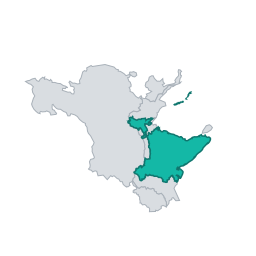 India highlighted among its neighbors, rotated 243°
{"feature_id": "IND", "entity_name": "India", "entity_type": "country or territory", "adm_level": 0, "iso_a3": "IND", "parent_name": "Asia", "parent_adm1": "", "projection": "albers", "projection_center": [83.514, 21.122], "detail": "fine", "context": "with_neighbors", "style": "filled", "palette": "teal", "viewbox_px": 256, "rotation_deg": 243, "n_neighbors": 9, "source": "natural_earth", "source_scale": "50m", "svg_char_len": 12324}
<svg xmlns="http://www.w3.org/2000/svg" viewBox="0 0 256 256"><g transform="rotate(243 128 128)"><path d="M163.1,174.1L160.3,174.0L156.6,175.1L155.1,177.8L156.2,181.4L153.4,180.3L150.9,180.7L151.0,178.2L148.5,178.5L148.6,181.9L146.7,189.2L147.1,191.4L149.1,191.3L150.6,193.9L151.4,196.4L153.3,197.9L155.2,198.1L157.0,199.4L156.1,200.8L154.1,201.4L153.7,199.9L151.1,198.8L150.6,199.4L149.3,198.4L148.6,197.0L145.2,194.2L144.9,196.0L144.2,194.4L144.9,189.5L147.4,183.3L146.0,180.6L145.4,177.5L142.4,173.8L143.4,173.2L144.2,170.4L139.2,163.9L140.3,163.2L141.3,159.8L143.3,159.4L146.3,157.1L147.6,157.9L148.0,159.7L149.9,159.7L149.5,163.0L149.9,165.7L152.7,163.5L153.6,164.0L155.3,163.7L155.7,162.6L157.9,162.5L160.4,164.7L160.9,167.7L163.6,170.0L163.8,172.6L163.1,174.1Z" fill="#d9dde1" stroke="#a8b0b8" stroke-width="1"/><path d="M146.3,157.1L143.3,159.4L141.3,159.8L140.3,163.2L139.2,163.9L144.2,170.4L143.4,173.2L142.4,173.8L145.4,177.5L146.0,180.6L147.4,183.3L144.9,189.5L144.4,187.3L145.1,184.9L144.0,183.2L143.9,179.8L142.6,178.4L140.4,171.0L139.0,168.6L134.1,172.7L130.6,171.9L131.3,168.1L130.5,165.2L128.1,161.8L128.4,160.7L126.7,160.4L124.6,158.0L124.2,155.6L125.2,156.0L125.2,153.8L126.5,152.9L126.1,151.7L126.7,150.6L126.6,147.4L128.8,147.9L129.8,145.3L129.9,143.8L131.2,141.1L131.0,139.4L134.3,137.0L136.2,137.4L135.9,135.6L136.7,134.9L136.4,133.8L138.0,133.4L139.0,135.1L140.2,135.7L140.7,140.6L138.4,143.4L138.3,147.1L141.2,146.3L142.1,149.1L143.9,149.5L143.4,152.1L146.8,153.5L148.7,152.4L148.9,153.6L146.8,155.9L146.3,157.1Z" fill="#d9dde1" stroke="#a8b0b8" stroke-width="1"/><path d="M125.2,153.8L125.2,156.0L124.2,155.6L124.6,158.0L122.8,153.4L121.6,151.7L119.0,151.7L119.3,153.0L118.5,154.7L117.3,154.1L116.9,154.7L115.1,154.2L114.5,151.7L113.5,149.4L113.9,147.5L112.2,146.7L112.8,145.6L114.5,144.4L112.4,142.8L113.3,140.7L115.5,142.0L116.8,142.1L117.1,144.2L122.3,144.3L123.9,144.8L122.7,147.4L121.5,147.7L120.8,149.5L122.3,151.0L122.7,149.0L123.5,149.0L125.2,153.8Z" fill="#d9dde1" stroke="#a8b0b8" stroke-width="1"/><path d="M120.4,135.5L122.7,137.2L122.6,139.1L118.2,139.2L116.5,139.8L114.0,138.7L113.9,138.1L115.6,135.7L117.0,134.9L120.4,135.5Z" fill="#d9dde1" stroke="#a8b0b8" stroke-width="1"/><path d="M112.0,136.4L112.0,140.8L109.7,140.9L104.4,140.0L102.8,138.5L99.2,138.1L90.7,133.6L91.7,130.8L94.5,128.7L96.6,129.7L99.3,131.7L100.7,132.1L101.6,133.6L103.7,134.2L105.9,135.5L112.0,136.4Z" fill="#d9dde1" stroke="#a8b0b8" stroke-width="1"/><path d="M85.4,113.2L82.9,115.6L80.0,115.9L76.2,115.0L74.9,116.2L76.4,121.0L78.4,122.6L76.1,124.2L76.0,126.4L73.3,129.3L71.5,132.3L68.5,135.3L65.4,134.8L62.2,137.8L63.8,139.3L63.9,141.7L65.3,143.3L65.7,146.0L59.7,145.5L57.7,147.4L55.7,146.4L55.1,144.1L53.3,141.6L40.0,141.0L41.5,137.6L45.6,136.6L45.5,135.1L44.3,134.5L44.6,131.8L42.2,130.1L40.4,126.4L44.5,128.5L47.2,128.4L48.7,129.0L49.3,128.4L51.1,128.9L54.7,128.0L55.0,125.4L56.7,123.9L58.6,124.1L59.0,123.2L61.0,123.0L61.9,123.4L63.0,122.6L63.0,120.8L64.3,119.1L65.9,118.5L65.1,116.4L67.5,116.7L68.3,115.7L68.3,114.5L69.6,113.4L69.0,110.6L70.5,109.4L78.9,108.1L80.7,109.5L81.3,111.8L85.4,113.2Z" fill="#d9dde1" stroke="#a8b0b8" stroke-width="1"/><path d="M57.5,105.7L58.9,105.9L61.4,107.1L63.3,106.3L64.1,107.0L65.0,105.7L66.5,105.9L67.2,104.3L68.4,103.4L69.7,104.1L69.3,105.0L70.1,105.2L69.6,107.7L70.6,108.7L72.6,107.9L74.2,106.7L78.5,107.2L78.9,108.1L70.5,109.4L69.0,110.6L69.6,113.4L68.3,114.5L68.3,115.7L67.5,116.7L65.1,116.4L65.9,118.5L64.3,119.1L63.0,120.8L63.0,122.6L61.9,123.4L61.0,123.0L59.0,123.2L58.6,124.1L56.7,123.9L55.0,125.4L54.7,128.0L51.1,128.9L49.3,128.4L48.7,129.0L47.2,128.4L44.5,128.5L40.4,126.4L43.1,124.0L43.2,122.0L41.3,121.2L40.8,116.8L42.2,115.3L41.1,114.7L43.7,109.1L46.1,110.6L48.0,110.4L48.7,109.2L50.7,109.0L52.2,108.2L53.0,105.9L55.2,105.6L55.7,104.6L57.5,105.7Z" fill="#d9dde1" stroke="#a8b0b8" stroke-width="1"/><path d="M94.5,198.8L94.0,201.9L92.7,202.8L90.0,203.4L88.6,201.0L88.1,196.7L89.6,191.8L91.6,193.5L94.5,198.8Z" fill="#d9dde1" stroke="#a8b0b8" stroke-width="1"/><path d="M173.5,160.4L171.0,159.8L170.5,157.2L171.7,155.6L174.6,154.3L176.2,154.1L177.0,155.1L176.0,156.7L175.7,158.5L173.5,160.4ZM91.9,93.4L91.8,91.8L93.4,91.0L91.4,86.1L97.3,84.5L99.0,79.6L103.6,80.5L104.8,79.2L104.9,76.5L106.8,76.3L108.5,74.5L109.4,74.2L110.1,76.1L112.0,77.4L115.4,78.3L117.0,80.4L116.3,83.6L117.2,84.8L123.2,85.3L126.1,86.9L127.6,87.1L128.9,89.6L130.4,91.2L138.0,91.1L141.2,90.3L143.6,90.5L147.3,91.8L150.2,91.4L151.4,92.2L153.9,90.3L157.6,88.7L161.2,88.1L163.8,86.6L166.7,83.6L165.2,81.8L166.1,79.9L169.9,80.0L172.0,78.1L175.3,76.4L176.6,74.2L178.0,73.1L181.2,72.1L183.1,72.0L183.1,71.0L180.7,69.6L178.7,69.1L177.2,70.5L174.8,70.5L173.6,71.1L172.8,70.2L174.6,65.1L177.5,65.5L180.2,63.2L180.0,62.0L181.3,58.9L182.4,57.8L182.0,56.5L180.7,56.2L182.2,54.6L184.8,53.5L187.6,52.7L191.0,52.6L193.1,53.0L197.4,57.2L198.9,59.5L202.9,59.2L206.1,60.2L207.7,62.4L211.0,61.3L212.6,59.7L216.0,57.8L215.6,60.5L215.1,61.7L215.2,64.8L214.5,67.8L211.7,68.2L210.0,69.7L211.3,71.8L211.9,75.1L210.8,75.5L211.2,76.9L209.3,75.7L208.8,77.5L205.6,79.8L206.4,81.1L204.3,81.6L203.0,81.0L201.9,83.4L199.7,85.6L198.3,87.9L195.2,89.6L193.7,91.3L191.3,92.7L192.3,91.1L191.5,90.1L193.0,87.8L191.4,86.6L187.3,90.6L186.2,92.8L183.9,93.5L183.0,95.1L184.7,96.7L186.8,96.8L187.1,98.0L189.2,98.4L191.5,95.8L193.9,96.4L195.5,96.1L196.2,97.5L193.0,99.1L192.2,100.9L190.2,102.9L189.4,105.3L192.4,106.3L194.0,108.9L198.5,113.1L198.9,115.3L197.5,116.5L198.5,117.9L200.3,118.5L200.4,123.5L199.0,124.1L195.0,136.3L188.7,143.2L185.7,144.2L184.3,145.9L183.1,145.1L181.9,146.9L178.3,149.1L175.5,150.0L175.1,153.4L173.6,153.8L172.5,151.8L173.0,150.5L169.1,150.1L167.9,150.8L165.0,150.4L163.5,149.4L163.7,147.5L161.1,147.3L159.6,146.4L157.5,148.3L152.7,149.3L149.9,150.8L150.8,154.3L149.3,154.3L148.7,152.4L146.8,153.5L143.4,152.1L143.9,149.5L142.1,149.1L141.2,146.3L138.3,147.1L138.4,143.4L140.7,140.6L140.2,135.7L139.0,135.1L138.0,133.4L136.4,133.8L133.5,133.6L134.3,132.2L132.9,130.4L131.2,131.8L128.9,131.2L126.0,133.4L123.7,135.8L121.6,136.3L120.4,135.5L117.0,134.9L115.6,135.7L113.9,138.1L113.6,135.7L112.0,136.4L105.9,135.5L103.7,134.2L101.6,133.6L100.7,132.1L99.3,131.7L96.6,129.7L94.5,128.7L93.4,129.4L87.3,125.2L86.7,121.9L88.5,122.4L88.7,120.8L87.7,119.2L88.0,116.8L85.4,113.2L81.3,111.8L80.7,109.5L78.9,108.1L78.5,107.2L78.4,104.4L76.9,103.6L76.1,103.9L75.6,101.1L76.4,100.5L76.1,99.8L78.5,98.6L80.2,98.1L82.7,98.6L83.7,96.8L86.8,96.6L87.7,95.5L91.6,94.0L91.9,93.4Z" fill="#d9dde1" stroke="#a8b0b8" stroke-width="1"/><path d="M57.7,146.9L58.3,146.6L59.2,146.7L59.3,145.8L59.5,145.6L59.6,145.8L61.6,145.9L62.2,146.3L62.8,146.3L63.1,146.0L64.2,145.7L64.3,145.7L64.4,146.2L64.7,146.3L65.7,145.9L65.5,145.3L65.8,145.0L64.9,142.7L64.9,141.9L63.9,141.7L63.5,141.1L63.8,139.2L62.1,138.4L62.3,137.2L63.3,136.2L64.1,135.1L64.8,134.7L65.4,135.0L65.5,135.5L65.8,135.7L68.7,135.1L69.0,134.5L69.5,134.0L70.1,132.8L71.7,132.1L72.6,130.5L73.1,129.4L74.3,129.0L74.6,128.6L74.6,128.0L75.8,126.6L76.6,126.3L76.3,125.8L76.6,124.9L76.4,124.2L76.5,123.9L78.6,122.8L78.4,122.3L77.0,121.8L76.9,121.0L76.2,121.0L76.1,120.3L75.3,119.7L75.8,118.7L75.4,118.1L76.1,117.4L75.2,117.0L75.4,116.5L75.0,116.1L75.5,115.3L76.4,115.0L79.9,115.9L80.8,115.5L82.2,115.4L83.2,114.6L83.4,114.3L85.3,113.2L85.9,113.3L85.8,114.0L86.6,115.9L87.4,116.2L88.2,116.9L88.2,117.1L87.5,117.7L87.7,119.3L88.5,120.3L88.4,120.6L88.6,121.0L88.7,122.3L87.9,122.7L87.3,122.0L86.5,122.2L86.8,123.1L87.4,123.9L87.2,124.6L87.5,124.9L87.3,125.4L87.3,125.8L87.9,125.8L88.0,125.6L88.3,125.6L89.2,126.9L90.0,127.0L90.9,127.5L91.0,128.2L92.3,128.7L93.2,129.5L92.7,129.6L91.5,130.8L91.1,131.7L91.1,132.4L90.7,133.0L90.6,133.5L91.5,134.2L92.0,134.1L95.3,136.5L95.7,136.4L96.9,137.1L97.5,137.1L97.6,137.6L99.1,138.1L99.6,137.8L100.6,138.1L101.3,137.7L102.7,138.3L102.9,139.1L104.1,139.6L104.4,140.0L105.3,139.7L105.6,139.8L105.9,140.4L106.4,140.2L108.3,140.9L109.2,140.5L109.4,140.8L109.9,141.1L110.2,140.9L111.4,140.8L111.8,140.9L112.2,139.9L111.7,138.6L112.1,136.7L112.0,136.3L112.1,136.1L113.2,135.7L113.8,135.9L114.0,136.3L113.7,137.4L114.1,138.0L113.7,138.5L114.1,139.1L114.9,139.5L115.4,139.4L116.5,139.8L117.5,139.6L118.1,139.2L119.2,139.5L120.6,139.4L121.0,139.1L121.7,139.3L122.5,139.1L122.7,138.9L122.5,138.3L122.7,137.7L122.4,137.2L121.7,137.3L121.3,137.0L121.4,136.3L122.3,136.4L122.6,136.1L123.8,135.8L124.2,135.5L124.0,135.3L124.2,135.0L125.0,134.4L125.6,133.4L126.9,133.1L127.4,132.6L127.5,132.3L129.0,131.1L129.5,131.5L131.1,131.8L131.4,131.3L132.7,130.4L133.3,131.0L133.6,131.0L133.0,131.5L133.1,132.0L133.9,131.6L134.3,132.4L133.6,133.5L133.9,133.7L134.5,133.3L135.0,133.6L135.7,133.5L136.4,133.9L136.5,134.8L135.4,135.9L136.1,137.3L135.7,137.3L135.1,136.7L133.7,137.1L131.0,139.3L130.8,140.1L131.1,141.0L130.7,142.1L129.8,143.3L129.7,143.7L130.2,144.2L129.2,146.5L128.8,147.9L127.6,147.5L127.1,147.7L126.6,147.4L126.9,148.6L126.9,150.3L126.8,150.6L126.4,150.6L126.2,151.6L126.5,153.1L126.2,153.3L125.8,153.9L125.3,153.5L124.9,154.0L124.6,151.8L124.2,151.1L123.7,148.8L122.8,148.8L122.9,149.4L122.4,150.1L122.5,150.8L122.1,151.0L121.8,150.9L121.6,150.4L121.4,150.4L121.4,150.8L121.2,150.7L120.8,149.2L120.9,148.2L121.2,147.6L122.6,147.2L122.8,146.7L123.2,146.6L123.5,145.1L124.1,145.2L124.1,144.9L122.9,144.2L118.6,144.5L116.9,144.1L116.8,142.1L116.3,141.3L116.1,141.4L116.0,142.0L115.6,142.0L115.1,141.7L114.6,140.8L114.3,140.9L114.5,141.3L114.1,141.3L113.7,141.2L113.5,140.7L112.8,140.4L112.8,140.6L113.0,140.9L112.3,141.8L112.1,142.5L113.3,143.5L114.0,143.6L114.5,144.3L114.2,144.6L113.2,144.6L112.8,145.5L112.4,145.4L112.0,146.3L112.4,146.8L114.0,147.4L113.9,148.2L113.6,149.2L114.1,149.9L114.1,150.5L114.7,150.7L114.5,151.2L115.1,153.5L115.1,154.5L114.8,154.5L115.2,155.4L114.8,155.4L114.6,155.1L114.3,155.7L114.1,155.2L114.3,154.4L114.0,154.0L113.9,155.4L113.5,155.6L113.0,155.2L112.9,155.6L112.6,155.5L112.4,155.4L112.7,154.0L112.2,153.6L112.0,153.3L112.1,153.7L112.6,154.0L112.1,155.0L111.3,155.5L109.7,156.0L109.1,156.9L109.0,157.3L109.4,158.5L108.8,159.7L108.1,160.2L107.8,160.7L107.4,160.5L107.6,160.7L107.4,161.0L105.6,161.7L105.3,161.7L105.5,161.5L105.3,161.1L104.6,161.5L104.4,162.0L105.0,161.7L105.2,161.9L103.3,163.5L101.4,166.0L100.1,166.7L98.8,168.1L96.4,169.7L96.2,170.2L96.4,170.7L96.1,171.4L94.7,172.0L93.3,172.0L92.4,173.8L91.9,173.7L91.8,173.4L91.4,173.3L90.4,173.9L89.8,175.1L89.7,175.8L90.0,177.7L89.8,178.5L90.3,180.7L89.9,180.0L89.6,180.3L90.4,181.1L90.0,183.1L88.9,185.2L88.5,186.5L88.6,186.9L88.3,187.3L88.7,187.2L88.8,187.6L88.7,190.3L87.8,190.2L87.1,190.4L86.9,191.1L85.9,192.5L85.9,192.8L86.2,193.2L87.3,193.7L86.0,193.4L84.3,193.9L83.6,194.5L83.2,196.0L81.5,196.8L80.1,196.1L78.7,194.3L78.0,192.6L77.9,191.1L78.1,191.4L78.2,192.3L78.5,192.3L78.2,191.1L77.7,190.6L77.8,190.3L76.5,186.7L76.0,185.6L75.0,184.5L74.4,182.9L74.0,181.3L73.8,179.5L73.1,176.9L71.9,175.1L71.5,174.1L71.9,174.1L71.5,173.5L71.7,173.3L71.2,173.1L70.4,170.7L70.1,167.1L69.5,164.0L69.9,162.8L69.9,162.4L69.4,162.9L69.4,162.6L69.4,161.9L69.9,162.0L69.4,161.7L69.5,161.2L69.3,161.1L69.2,160.3L70.0,157.7L69.8,156.3L69.5,156.1L69.3,155.5L69.7,155.2L69.3,155.2L70.8,154.4L69.2,154.5L69.4,154.0L69.7,153.7L69.2,153.6L69.3,153.1L70.0,152.9L68.3,152.7L68.6,152.9L68.5,153.2L67.8,154.0L68.3,154.3L68.4,155.0L67.6,156.1L64.7,157.1L63.9,157.1L63.3,156.7L62.1,155.6L60.0,152.9L59.4,151.9L59.7,151.5L60.3,152.0L62.8,151.3L63.9,150.1L63.8,149.8L63.4,150.2L62.8,150.2L61.5,150.6L60.3,150.2L58.8,149.0L58.3,147.8L59.3,147.1L57.8,147.7L57.7,146.9ZM127.2,185.9L126.5,185.0L126.9,184.0L127.2,183.8L127.0,182.9L127.2,180.4L127.4,180.0L127.8,179.8L127.9,180.2L127.7,180.4L127.9,180.8L127.4,181.6L127.6,181.9L127.8,182.9L127.4,183.2L127.5,183.8L127.1,184.6L127.3,184.9L127.2,185.9ZM131.6,199.5L131.4,200.2L130.8,199.4L130.8,198.9L131.3,198.7L131.6,199.5ZM126.7,189.0L126.3,189.0L126.2,188.4L126.6,187.9L126.9,188.5L126.7,189.0ZM130.0,196.9L129.7,196.9L129.6,196.5L130.0,196.9ZM130.2,196.3L130.1,195.8L130.2,196.3ZM131.0,198.4L130.7,198.7L130.8,198.2L131.0,198.4ZM127.8,193.1L127.5,193.1L127.7,192.9L127.8,193.1ZM127.1,186.4L126.8,186.4L126.9,186.0L127.1,186.2L127.1,186.4ZM127.9,184.4L128.1,184.8L127.8,184.5L127.9,184.4ZM128.8,195.5L129.1,195.9L128.8,195.7L128.8,195.5ZM126.9,181.7L126.8,182.1L126.9,181.6L126.9,181.7Z" fill="#14b8a6" stroke="#0f766e" stroke-width="1.5"/></g></svg>